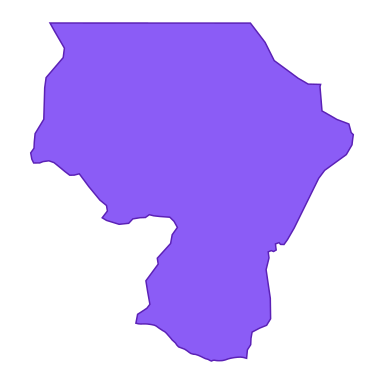 outline of Gambo, Mbomou, Central African Republic
{"feature_id": "33826404B57857240211029", "entity_name": "Gambo", "entity_type": "district", "adm_level": 2, "iso_a3": "CAF", "parent_name": "Central African Republic", "parent_adm1": "Mbomou", "projection": "orthographic", "projection_center": [22.185, 4.592], "detail": "fine", "context": "isolated", "style": "filled", "palette": "violet", "viewbox_px": 384, "rotation_deg": 0, "n_neighbors": 0, "source": "geoboundaries", "source_scale": "gbopen_adm2", "svg_char_len": 1738}
<svg xmlns="http://www.w3.org/2000/svg" viewBox="0 0 384 384"><path d="M320.6,84.4L308.2,84.1L298.2,78.3L274.2,60.6L265.1,42.4L250.4,23.1L50.0,23.0L54.5,31.1L64.4,48.1L63.2,57.6L46.1,77.6L44.7,87.8L43.8,119.3L35.1,133.6L34.3,141.9L34.0,148.2L30.7,152.9L31.8,159.1L32.8,161.2L33.7,163.0L39.8,162.9L43.0,161.6L48.9,160.8L54.0,162.6L58.6,166.3L65.0,171.6L69.7,175.2L74.3,175.1L79.3,173.8L88.8,186.6L100.0,200.2L106.5,205.5L107.4,211.0L102.2,217.8L106.5,220.4L119.1,224.3L128.7,223.3L132.8,218.9L140.0,217.7L145.4,217.5L149.3,214.7L153.7,215.8L160.0,216.5L169.8,217.2L174.0,221.3L177.4,227.4L172.2,234.7L170.6,243.5L157.3,258.2L158.2,264.1L145.9,280.8L147.6,291.4L149.9,304.3L146.9,308.2L142.1,311.4L137.6,314.3L135.9,323.2L138.3,323.8L140.7,324.0L143.3,323.9L145.3,323.9L147.3,324.0L149.7,324.3L151.6,324.6L154.4,325.2L156.3,326.1L159.0,328.1L162.6,330.5L164.6,331.6L166.4,333.2L168.4,335.5L170.6,338.0L172.1,339.9L174.0,341.6L175.5,343.0L176.8,345.0L178.6,346.9L184.7,349.2L187.4,351.0L189.2,352.4L190.9,353.5L193.4,354.2L195.5,354.4L198.3,355.3L201.2,356.6L203.2,357.6L205.3,358.6L208.1,359.4L210.3,360.6L211.6,361.0L212.8,360.4L214.2,360.2L216.7,360.6L219.0,360.7L222.1,360.6L223.7,360.3L225.6,359.8L228.1,358.9L230.8,358.2L234.2,357.6L237.7,357.2L240.7,357.1L243.1,357.4L246.6,358.3L247.4,349.9L250.7,344.7L251.0,338.3L252.1,332.1L259.7,328.1L266.6,325.3L270.6,318.8L270.3,298.3L266.1,269.7L269.0,257.9L268.2,251.9L271.2,250.6L273.6,251.5L276.2,250.0L275.8,247.2L275.5,243.9L279.1,242.6L280.5,244.4L284.0,244.5L287.5,239.6L294.1,228.2L318.7,178.3L324.7,170.3L346.3,154.6L352.0,144.8L352.7,138.9L353.3,134.6L351.2,132.6L348.9,124.0L337.0,119.5L322.0,110.9L320.0,86.7L320.6,84.4Z" fill="#8b5cf6" stroke="#5b21b6" stroke-width="1.5"/></svg>